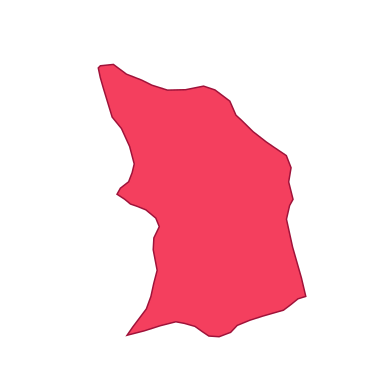 outline of Söderhamn, Gävleborg, Sweden, rotated 344°
{"feature_id": "70781695B37346954790486", "entity_name": "Söderhamn", "entity_type": "district", "adm_level": 2, "iso_a3": "SWE", "parent_name": "Sweden", "parent_adm1": "Gävleborg", "projection": "mercator", "projection_center": [16.889, 61.303], "detail": "fine", "context": "isolated", "style": "filled", "palette": "rose", "viewbox_px": 384, "rotation_deg": 344, "n_neighbors": 0, "source": "geoboundaries", "source_scale": "gbopen_adm2", "svg_char_len": 972}
<svg xmlns="http://www.w3.org/2000/svg" viewBox="0 0 384 384"><g transform="rotate(344 192 192)"><path d="M136.1,46.9L135.4,56.6L135.4,67.8L135.9,98.0L141.7,111.6L144.6,131.1L144.2,149.1L139.8,156.9L133.9,164.7L124.2,168.6L119.3,173.5L125.2,180.3L129.5,186.6L134.4,190.0L142.7,196.4L150.0,207.1L151.0,216.3L142.7,225.6L138.8,236.8L136.9,257.7L130.0,269.4L123.7,281.1L115.9,291.8L97.9,305.4L90.1,311.8L107.6,312.3L124.7,311.8L140.7,312.3L148.5,316.2L157.8,322.0L163.6,329.3L168.5,335.1L178.2,338.6L188.7,337.7L190.4,337.6L198.7,332.7L212.3,331.2L225.5,330.8L235.7,330.8L247.4,330.8L256.2,327.4L264.4,323.9L272.6,323.7L273.5,304.8L273.5,272.7L275.3,244.2L282.1,231.9L287.1,226.9L287.7,209.0L293.9,196.0L292.7,183.0L282.8,171.2L277.2,164.4L267.3,150.8L259.3,136.6L255.5,130.4L255.4,130.2L253.4,115.1L242.2,100.2L232.3,93.4L214.0,91.9L196.5,87.3L182.8,78.2L174.5,70.6L161.5,60.7L151.6,47.7L138.7,45.4L136.1,46.9Z" fill="#f43f5e" stroke="#9f1239" stroke-width="1.5"/></g></svg>